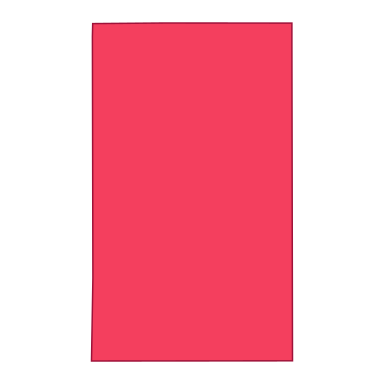 McMullen, Texas, United States of America (Equal Earth projection)
{"feature_id": "52423323B61214192740744", "entity_name": "McMullen", "entity_type": "district", "adm_level": 2, "iso_a3": "USA", "parent_name": "United States of America", "parent_adm1": "Texas", "projection": "equal_earth", "projection_center": [-98.627, 28.353], "detail": "fine", "context": "isolated", "style": "filled", "palette": "rose", "viewbox_px": 384, "rotation_deg": 0, "n_neighbors": 0, "source": "geoboundaries", "source_scale": "gbopen_adm2", "svg_char_len": 229}
<svg xmlns="http://www.w3.org/2000/svg" viewBox="0 0 384 384"><path d="M92.7,23.6L92.4,36.2L92.9,278.0L91.5,361.0L292.5,360.8L291.9,43.4L291.9,23.1L164.8,23.0L92.7,23.6Z" fill="#f43f5e" stroke="#9f1239" stroke-width="1.5"/></svg>